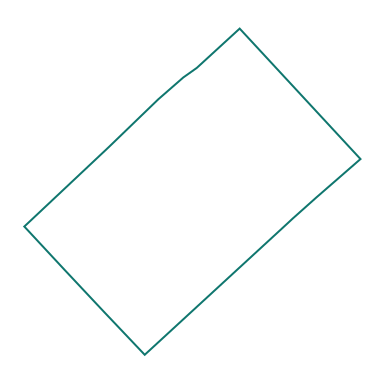 Greene, Indiana, United States of America (orthographic projection), rotated 137°
{"feature_id": "52423323B68653933652914", "entity_name": "Greene", "entity_type": "district", "adm_level": 2, "iso_a3": "USA", "parent_name": "United States of America", "parent_adm1": "Indiana", "projection": "orthographic", "projection_center": [-86.97, 39.037], "detail": "fine", "context": "isolated", "style": "outline", "palette": "teal", "viewbox_px": 384, "rotation_deg": 137, "n_neighbors": 0, "source": "geoboundaries", "source_scale": "gbopen_adm2", "svg_char_len": 343}
<svg xmlns="http://www.w3.org/2000/svg" viewBox="0 0 384 384"><g transform="rotate(137 192 192)"><path d="M338.3,222.0L338.1,163.1L337.6,105.2L143.5,103.9L136.4,103.9L104.7,103.2L46.3,101.2L46.1,160.1L45.7,279.0L103.9,279.5L120.2,281.7L153.4,282.8L222.2,281.6L338.2,281.1L338.3,222.0Z" fill="none" stroke="#0f766e" stroke-width="2"/></g></svg>